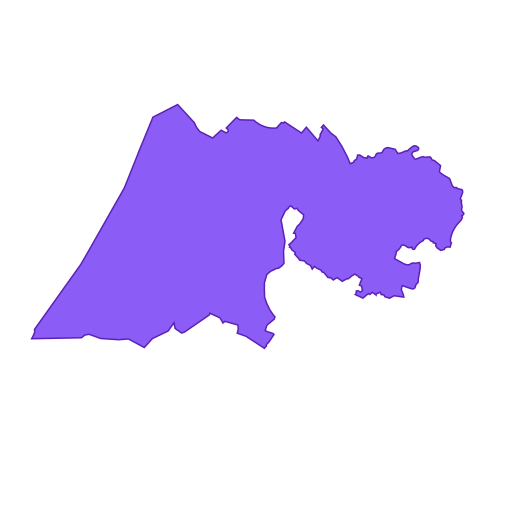 outline of Ath-Thawrah, Ar Raqqah, Syria, rotated 113°
{"feature_id": "27442178B46572819209410", "entity_name": "Ath-Thawrah", "entity_type": "district", "adm_level": 2, "iso_a3": "SYR", "parent_name": "Syria", "parent_adm1": "Ar Raqqah", "projection": "natural_earth1", "projection_center": [38.3, 35.804], "detail": "fine", "context": "isolated", "style": "filled", "palette": "violet", "viewbox_px": 512, "rotation_deg": 113, "n_neighbors": 0, "source": "geoboundaries", "source_scale": "gbopen_adm2", "svg_char_len": 6008}
<svg xmlns="http://www.w3.org/2000/svg" viewBox="0 0 512 512"><g transform="rotate(113 256 256)"><path d="M168.4,405.1L205.6,404.7L210.3,404.5L244.8,403.8L318.6,412.3L332.3,414.0L410.0,431.2L412.5,430.0L414.5,429.9L416.3,429.9L418.0,430.0L419.8,430.2L399.5,384.8L395.6,382.6L393.3,379.1L392.6,366.6L386.7,349.7L382.2,341.0L383.9,323.1L372.5,319.1L359.4,307.6L349.5,305.4L354.3,302.2L356.0,294.3L353.8,292.0L328.4,275.9L326.7,276.1L327.0,265.0L330.6,260.2L328.3,259.1L326.6,245.7L329.9,243.9L334.4,243.1L333.8,233.9L337.7,212.1L336.7,212.1L335.1,211.2L333.5,211.8L329.9,210.4L321.2,208.8L320.7,209.9L321.2,216.4L321.0,218.4L315.4,218.9L306.9,214.5L304.6,214.8L303.7,216.7L300.4,221.9L295.6,227.4L290.7,231.9L283.8,235.1L277.3,237.8L268.7,238.8L264.2,236.5L261.4,233.9L259.8,232.7L258.5,230.5L254.8,228.3L251.8,227.4L240.7,232.6L231.2,235.0L212.9,247.1L202.9,246.7L199.4,244.8L198.5,245.1L196.3,243.6L197.7,239.0L196.1,236.9L197.5,234.9L199.5,228.2L203.3,227.1L209.2,228.2L212.5,229.6L220.3,230.3L219.8,228.6L223.4,226.3L230.8,229.1L232.6,230.2L233.7,228.7L234.7,228.7L235.0,227.1L236.4,225.2L237.4,221.1L239.3,221.0L241.7,215.7L242.8,214.1L241.7,209.8L242.2,208.0L243.1,206.7L243.4,202.2L246.1,199.1L242.8,198.3L243.5,194.8L243.6,190.8L244.9,189.0L244.7,187.0L247.7,181.3L246.8,178.7L247.9,175.5L244.2,173.0L245.6,166.7L241.4,163.4L241.1,162.3L236.6,159.8L234.0,157.9L234.7,154.0L235.4,153.0L235.4,149.7L242.5,149.5L242.4,147.1L246.3,144.5L248.4,145.9L248.1,148.7L249.0,150.0L251.4,149.2L252.7,149.6L253.0,141.1L246.7,137.9L247.0,136.2L243.9,134.6L245.0,130.3L244.2,130.8L240.8,127.4L242.6,125.6L241.8,123.3L243.2,121.2L243.0,120.0L242.7,116.6L238.6,113.3L236.1,103.9L234.1,105.2L230.3,109.0L227.5,109.7L226.1,109.7L225.7,103.4L225.4,100.5L225.4,100.0L225.3,99.5L225.2,99.2L225.1,98.9L224.9,98.5L224.6,98.2L224.3,97.9L224.0,97.7L223.7,97.5L223.4,97.4L222.9,97.3L222.5,97.3L220.9,97.5L220.3,97.5L219.7,97.4L218.7,97.2L218.0,96.9L217.4,96.6L216.8,96.5L213.4,97.7L203.7,99.9L199.9,101.3L198.1,103.0L200.4,106.4L200.5,107.1L200.7,107.8L201.0,108.5L201.3,109.1L201.7,109.6L202.2,110.1L202.7,110.5L203.4,111.0L203.9,111.4L204.4,112.0L204.7,112.6L205.0,113.3L205.2,114.0L205.4,117.2L204.2,127.5L199.5,127.9L196.9,128.6L196.1,128.0L195.3,127.6L194.4,127.2L193.6,126.9L192.8,126.7L192.0,126.5L191.0,126.3L190.0,126.3L189.5,126.2L189.3,126.0L189.0,125.8L188.7,125.6L188.6,125.3L188.4,125.0L188.3,124.4L188.2,123.7L188.2,123.0L188.2,122.4L188.3,121.7L188.5,121.1L188.6,120.5L188.7,120.1L188.7,119.5L188.7,119.0L188.6,118.6L188.5,118.3L188.2,117.6L188.0,117.3L187.7,117.0L187.0,116.4L186.9,116.3L186.9,116.1L186.9,115.9L187.1,115.7L187.7,115.5L188.0,115.3L188.2,115.0L188.4,114.7L188.5,114.2L188.5,113.8L188.3,113.4L188.1,113.1L187.7,112.8L187.4,112.7L185.5,112.5L184.5,112.3L183.6,112.1L182.3,111.6L181.0,111.1L179.7,110.4L178.6,109.7L177.3,108.8L177.0,108.4L176.6,108.2L176.3,108.0L175.9,108.0L175.6,108.0L175.2,108.1L174.9,107.9L174.4,107.5L173.9,107.1L173.6,106.7L173.3,106.2L173.0,105.6L172.9,105.0L172.8,104.3L172.8,103.7L172.9,103.0L173.1,102.4L173.3,102.0L173.9,101.0L173.6,98.4L174.6,98.0L174.3,95.0L176.4,94.6L177.8,92.4L178.7,88.1L176.4,85.3L174.9,85.3L172.9,83.4L172.0,80.8L167.4,81.3L166.9,82.6L165.0,83.3L163.1,83.9L162.4,84.0L160.7,84.2L159.3,84.3L157.8,84.4L156.0,84.4L154.3,84.2L152.4,84.0L150.7,83.7L149.4,83.4L147.9,83.0L145.7,82.2L142.3,81.1L139.8,81.1L138.5,82.4L137.1,81.3L136.6,81.2L136.2,81.2L135.9,81.2L135.7,81.3L135.4,81.5L135.2,81.7L135.0,82.1L134.8,82.9L134.4,83.5L134.0,84.1L133.7,84.4L133.4,84.7L133.0,84.9L132.4,85.1L131.9,85.2L131.3,85.2L130.4,85.5L129.6,85.9L128.8,86.4L128.0,86.9L127.3,87.5L126.5,88.2L125.8,87.9L124.3,88.8L124.4,89.6L123.1,90.3L116.6,90.6L114.8,91.6L114.4,92.6L115.3,97.0L114.6,98.0L115.6,100.4L114.7,102.7L109.1,108.0L108.2,115.2L107.3,119.1L107.2,119.4L107.0,119.7L106.8,119.9L106.5,120.1L106.3,120.2L106.0,120.3L100.7,121.4L98.4,129.2L98.7,130.5L98.8,131.3L97.4,133.1L97.2,133.4L97.0,133.7L96.9,134.0L96.9,134.3L96.9,134.6L97.0,134.8L97.0,135.1L97.2,135.4L97.4,135.7L99.2,139.3L99.3,141.1L101.2,143.5L104.7,147.0L104.5,148.0L102.3,151.8L101.9,152.1L101.4,152.3L100.7,152.4L100.0,152.4L99.4,152.3L98.7,152.0L96.0,148.9L95.4,148.3L93.6,148.1L92.7,148.9L92.3,150.9L92.2,151.4L92.2,151.8L92.4,152.5L92.6,153.2L93.0,153.8L93.3,154.0L93.6,154.3L93.9,154.5L94.3,154.7L95.3,155.4L96.2,155.9L97.3,156.4L98.3,156.9L100.2,157.8L100.7,159.2L104.4,162.7L106.2,165.4L104.7,167.7L103.4,169.6L104.6,176.8L105.0,177.5L105.4,178.1L105.9,178.7L106.4,179.1L107.0,179.5L107.6,179.8L108.2,180.0L108.9,180.1L109.5,180.2L110.2,180.2L110.5,180.2L111.0,180.4L111.5,180.6L111.8,180.9L112.1,181.1L112.6,181.6L112.9,182.3L113.2,183.2L113.4,183.6L113.8,184.2L114.2,184.6L114.8,185.0L115.5,185.2L116.1,185.2L116.9,185.2L117.4,185.2L117.9,185.3L118.5,185.5L119.0,185.8L119.4,186.2L120.3,187.5L120.5,188.6L120.1,191.1L120.0,191.4L120.0,191.6L120.1,191.8L120.2,192.0L120.4,192.1L120.6,192.2L120.8,192.3L121.1,192.2L121.5,191.9L121.9,191.8L122.1,191.8L122.3,191.9L122.5,192.0L122.8,192.4L122.8,192.7L122.7,192.9L123.3,195.0L123.1,196.7L122.5,199.9L123.4,201.9L126.0,201.4L126.5,201.3L127.1,201.3L127.6,201.4L128.1,201.6L128.5,201.9L128.9,202.2L129.2,202.4L129.5,202.6L129.8,202.7L130.3,202.8L130.8,202.8L131.4,202.6L134.2,205.4L129.1,210.6L121.4,219.9L115.1,229.1L113.5,235.3L109.0,245.1L112.1,246.1L112.7,243.8L119.5,244.4L120.3,243.6L125.8,244.0L117.8,260.0L125.0,262.2L121.4,282.1L122.9,282.8L123.3,284.8L130.1,287.1L130.8,288.4L131.3,289.6L131.8,290.7L132.3,292.2L132.6,293.1L132.9,294.3L133.2,295.6L133.4,296.8L133.5,297.8L133.6,299.1L133.6,300.3L133.6,301.6L133.6,302.6L133.5,303.8L133.3,305.1L133.1,306.3L132.9,307.5L132.6,308.7L132.2,309.9L131.8,311.1L137.0,324.2L136.0,328.0L149.8,333.4L150.4,331.4L150.8,331.0L151.1,330.8L151.3,330.6L151.9,330.5L152.5,330.5L152.8,330.6L153.1,330.7L153.6,331.0L154.0,331.4L154.2,331.9L154.3,332.4L154.3,332.6L153.8,337.2L164.3,342.0L163.4,356.5L160.7,361.2L157.4,364.8L147.2,387.3L168.4,405.1Z" fill="#8b5cf6" stroke="#5b21b6" stroke-width="1.5"/></g></svg>